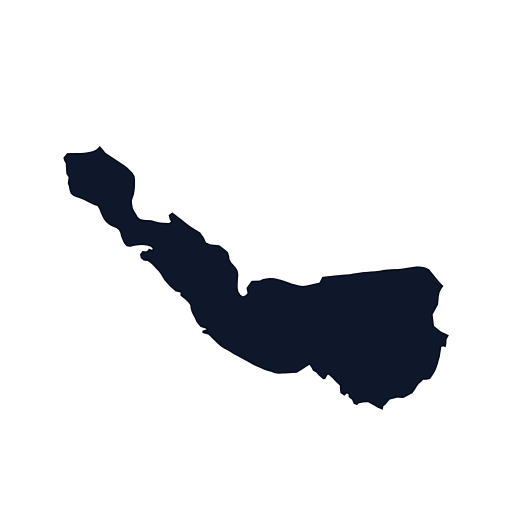 Khayran Al Muharraq, Hajjah, Yemen, rotated 127°
{"feature_id": "15242507B46627972024874", "entity_name": "Khayran Al Muharraq", "entity_type": "district", "adm_level": 2, "iso_a3": "YEM", "parent_name": "Yemen", "parent_adm1": "Hajjah", "projection": "robinson", "projection_center": [43.359, 16.074], "detail": "fine", "context": "isolated", "style": "filled", "palette": "ink", "viewbox_px": 512, "rotation_deg": 127, "n_neighbors": 0, "source": "geoboundaries", "source_scale": "gbopen_adm2", "svg_char_len": 4426}
<svg xmlns="http://www.w3.org/2000/svg" viewBox="0 0 512 512"><g transform="rotate(127 256 256)"><path d="M167.8,89.0L167.7,90.8L166.9,95.0L166.0,98.7L165.0,102.7L164.1,106.5L163.2,109.8L164.1,113.9L165.9,117.5L167.9,120.6L170.5,123.2L173.0,125.7L175.9,128.5L178.8,131.3L181.4,134.1L183.6,136.9L185.9,139.7L188.4,142.5L191.0,145.3L191.4,145.6L193.9,147.9L197.0,151.1L199.6,154.2L202.1,156.9L205.3,160.6L208.5,163.7L210.9,166.1L211.7,167.0L214.4,169.3L217.1,172.4L220.1,175.8L222.5,178.4L225.0,181.2L227.7,184.0L230.0,186.5L232.5,189.1L233.0,189.6L239.3,188.5L250.0,197.6L252.5,200.3L252.9,201.0L254.4,203.7L255.9,207.4L257.3,210.7L258.5,214.8L259.6,218.3L260.9,221.9L262.3,225.3L263.9,228.6L265.9,231.3L268.3,233.8L270.9,236.1L273.8,237.6L278.8,243.8L286.9,243.6L290.5,239.6L292.8,239.8L293.9,240.0L296.8,241.6L297.1,245.2L295.6,249.1L293.3,251.7L290.6,253.8L288.0,255.6L285.0,257.6L282.1,259.4L279.5,262.1L278.1,265.4L277.4,268.9L276.7,272.5L276.1,273.6L275.2,275.6L272.7,278.0L270.6,280.9L270.3,284.6L270.3,288.2L270.3,291.6L274.8,299.0L275.7,302.7L276.1,304.2L273.4,309.0L272.3,312.5L271.6,314.6L271.9,318.4L272.3,322.4L272.6,326.3L272.6,329.8L272.6,333.4L272.4,337.0L272.3,348.5L275.7,349.5L277.9,346.8L279.3,343.6L282.5,344.7L284.5,347.6L286.6,350.7L288.4,353.9L289.9,357.4L290.1,358.1L291.1,360.8L293.2,363.8L295.3,367.0L297.0,370.7L296.7,374.2L295.3,377.4L294.0,380.9L292.3,384.0L290.9,385.2L289.5,386.9L286.7,389.2L283.4,390.3L281.0,391.1L280.4,391.3L276.8,393.2L273.6,395.2L271.0,397.1L268.3,399.1L265.9,401.5L265.3,403.1L264.6,404.8L264.1,408.6L263.6,412.0L263.5,415.4L263.9,421.0L264.2,426.6L265.0,438.6L264.0,441.8L263.1,446.3L264.3,446.3L267.8,447.1L270.8,448.7L273.3,450.8L276.0,453.3L278.4,455.8L280.6,458.5L282.6,461.2L287.9,468.0L293.0,468.2L293.3,468.0L294.6,466.2L296.0,463.1L299.4,460.3L303.4,456.9L304.1,455.9L305.2,452.6L310.8,449.4L312.7,446.5L315.0,444.1L316.9,441.3L317.0,439.5L317.1,437.7L316.1,434.4L316.0,434.2L314.9,430.8L313.9,426.9L313.3,423.2L312.6,419.4L311.9,416.0L310.7,412.7L312.0,409.2L314.4,405.4L316.1,402.3L317.6,399.1L318.1,397.1L318.4,395.8L318.6,392.1L318.3,389.9L318.0,388.3L317.0,384.6L317.0,381.0L318.6,377.8L320.1,376.1L320.9,375.2L322.7,372.1L324.4,369.1L325.3,365.5L324.7,364.2L323.8,362.5L321.0,360.3L318.8,358.1L318.4,357.7L316.0,355.1L313.9,352.1L312.3,349.1L311.1,345.7L311.5,342.6L313.1,341.8L314.0,342.0L314.6,343.1L314.7,344.1L315.1,345.2L316.5,344.9L319.1,346.0L320.7,348.9L324.1,348.9L326.3,346.5L326.4,343.0L324.4,339.7L324.3,335.7L324.7,331.9L325.0,330.5L325.4,328.5L325.6,327.3L326.0,324.5L327.0,321.0L328.5,317.5L329.7,314.3L330.4,310.8L330.8,309.0L331.3,306.3L331.5,303.6L331.6,302.4L331.9,299.1L330.5,296.0L330.2,295.2L329.7,295.1L329.7,294.4L330.0,293.8L332.4,292.0L332.4,290.0L332.5,286.1L333.0,282.3L334.0,278.7L336.7,276.0L338.7,273.4L339.7,271.5L340.3,270.3L340.7,269.4L341.8,267.1L343.8,263.4L344.8,259.7L345.2,257.4L344.8,256.4L344.2,254.8L343.4,252.2L343.6,250.9L344.4,250.3L346.2,251.7L347.2,252.4L347.9,252.8L348.5,252.6L348.8,252.1L348.5,251.4L346.7,247.1L346.9,244.3L347.5,240.5L347.7,238.7L347.9,236.9L348.4,232.8L348.6,229.3L348.6,229.0L348.3,225.7L347.7,222.1L347.3,218.6L347.2,217.7L347.1,214.9L346.4,211.3L345.9,207.8L345.4,204.3L344.8,200.5L344.3,197.0L343.9,193.3L343.2,189.9L342.1,185.7L341.3,181.8L340.0,177.8L338.7,174.6L338.5,174.0L337.7,171.0L335.9,167.6L333.4,164.7L331.3,162.0L329.0,159.4L326.5,156.5L325.1,154.8L324.3,153.8L321.6,152.7L309.7,148.3L311.2,143.9L312.5,141.3L312.0,137.7L312.8,134.3L313.2,129.0L313.0,128.0L312.2,127.5L311.1,127.7L307.8,128.1L306.4,127.1L306.4,125.8L306.7,121.9L307.4,118.0L307.9,114.4L308.3,110.7L310.5,108.9L313.6,106.1L313.8,105.8L313.8,105.6L313.7,102.0L310.3,101.4L310.0,98.5L312.2,96.7L312.2,92.7L314.4,88.9L313.7,86.3L311.7,86.1L307.8,82.7L304.6,78.8L304.1,75.3L303.5,71.5L303.3,68.8L303.2,67.9L302.3,64.3L302.1,63.3L299.5,64.7L296.4,63.9L293.1,63.8L289.8,63.5L285.5,60.0L283.7,58.6L281.1,54.8L280.1,53.4L271.3,49.3L267.2,49.4L263.2,49.8L259.8,49.8L257.1,49.1L253.9,48.8L251.8,46.0L249.2,43.8L246.1,43.9L242.5,44.1L239.2,44.7L235.9,45.6L235.1,45.9L232.7,46.7L229.6,48.0L227.7,48.7L226.5,49.1L223.2,50.9L219.9,52.6L217.0,54.2L214.6,52.4L214.6,51.7L214.3,50.7L212.9,51.3L211.1,52.4L208.1,54.4L204.1,54.9L205.8,62.8L205.8,63.6L205.5,72.1L196.8,80.4L185.6,82.1L182.5,83.9L179.1,86.1L175.3,88.0L172.0,88.8L169.7,89.0L168.8,89.0L167.8,89.0Z" fill="#0f172a" stroke="#020617" stroke-width="1.5"/></g></svg>